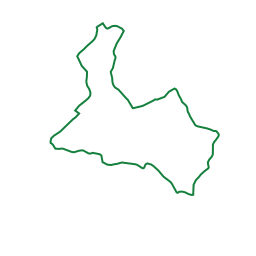 outline of Parwan, rotated 225°
{"feature_id": "AFG-1772", "entity_name": "Parwan", "entity_type": "Province", "adm_level": 1, "iso_a3": "AFG", "parent_name": "Afghanistan", "parent_adm1": "", "projection": "orthographic", "projection_center": [68.914, 35.004], "detail": "fine", "context": "isolated", "style": "outline", "palette": "green", "viewbox_px": 256, "rotation_deg": 225, "n_neighbors": 0, "source": "natural_earth", "source_scale": "10m", "svg_char_len": 2257}
<svg xmlns="http://www.w3.org/2000/svg" viewBox="0 0 256 256"><g transform="rotate(225 128 128)"><path d="M148.1,147.8L138.7,145.4L138.2,145.9L133.3,153.9L129.5,165.2L129.1,167.3L127.4,168.8L124.2,175.8L124.7,182.6L123.0,188.8L121.3,189.3L119.3,188.9L115.3,187.1L110.7,185.8L108.8,184.9L107.8,184.7L103.8,184.9L102.1,184.8L100.2,184.0L97.9,182.2L97.2,181.8L96.7,181.6L94.4,181.0L92.5,180.1L82.9,177.7L81.6,177.7L79.8,178.5L72.0,183.5L68.0,185.5L65.9,186.2L65.1,186.7L64.0,187.8L63.4,188.1L62.4,188.2L60.0,187.8L59.2,187.6L58.6,186.9L58.2,186.2L57.4,181.5L57.2,179.1L56.8,177.9L56.2,176.3L49.5,169.5L48.9,168.2L48.4,166.4L48.2,163.2L47.3,160.3L45.8,159.0L43.4,157.5L43.0,157.1L42.7,156.2L43.4,151.4L43.6,146.6L43.2,143.1L43.1,139.0L41.5,134.3L34.7,126.9L35.7,125.6L38.5,124.1L42.1,122.9L44.0,121.8L45.5,120.6L46.3,119.6L46.8,118.8L46.9,118.1L47.0,117.4L47.5,117.0L48.3,116.9L57.9,119.7L59.8,119.9L68.4,118.7L76.4,119.4L83.0,119.1L85.7,118.6L89.3,116.6L89.8,114.9L89.7,114.4L89.5,113.6L88.8,112.1L88.6,111.2L88.5,110.8L88.9,110.1L89.7,109.7L95.6,108.4L97.5,107.3L107.1,99.9L107.4,99.8L108.3,98.7L110.3,95.0L112.4,92.2L113.7,90.0L115.0,88.8L116.2,87.9L116.9,87.4L121.9,85.9L127.3,89.7L128.6,89.6L129.7,89.3L135.5,85.4L136.4,83.4L137.0,82.8L138.1,82.1L143.6,80.5L144.5,79.9L145.3,79.0L146.6,77.2L148.8,73.1L149.8,72.0L151.2,71.1L157.8,68.1L158.6,67.8L159.5,67.3L160.5,66.4L161.8,64.6L164.8,62.0L169.5,63.1L171.2,63.0L172.0,62.7L172.9,63.3L175.0,66.4L174.9,70.3L173.4,77.5L173.1,95.4L172.6,98.2L172.8,103.7L177.7,103.0L178.3,109.1L177.3,117.9L177.1,121.0L177.6,124.1L179.6,126.5L183.1,128.2L186.7,129.0L188.8,130.3L190.5,131.5L193.0,134.8L196.7,138.8L204.6,139.2L210.3,141.3L214.6,142.8L215.4,146.4L214.9,153.0L215.0,156.3L214.5,164.2L214.6,167.1L215.2,169.1L216.0,171.2L216.7,172.3L217.5,173.2L218.3,174.6L219.1,175.6L219.9,176.3L221.3,177.0L221.3,178.2L221.0,179.2L219.9,184.2L215.4,183.3L213.7,183.3L212.6,184.0L212.0,185.8L211.6,187.5L211.0,189.1L209.4,191.1L207.6,192.4L202.4,194.0L199.6,193.6L197.5,187.1L195.8,179.9L192.5,172.2L190.2,170.3L187.6,169.7L186.2,168.5L185.3,166.5L181.0,159.6L179.9,155.4L174.4,152.1L172.9,150.7L170.6,148.9L168.3,147.9L165.7,147.5L161.9,148.4L150.0,147.7L148.1,147.8Z" fill="none" stroke="#15803d" stroke-width="2"/></g></svg>